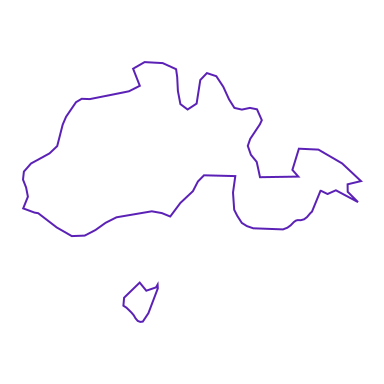 SVG path tracing the border of Schaffhausen
{"feature_id": "CHE-171", "entity_name": "Schaffhausen", "entity_type": "Canton", "adm_level": 1, "iso_a3": "CHE", "parent_name": "Switzerland", "parent_adm1": "", "projection": "orthographic", "projection_center": [8.624, 47.681], "detail": "fine", "context": "isolated", "style": "outline", "palette": "violet", "viewbox_px": 384, "rotation_deg": 0, "n_neighbors": 0, "source": "natural_earth", "source_scale": "10m", "svg_char_len": 1353}
<svg xmlns="http://www.w3.org/2000/svg" viewBox="0 0 384 384"><path d="M144.6,62.1L162.7,63.1L176.1,69.2L177.2,77.1L177.9,91.0L180.4,104.1L187.6,109.5L196.6,103.6L200.3,80.0L206.9,73.1L216.3,76.2L223.3,86.8L229.0,99.3L234.4,107.9L241.9,109.6L249.9,107.9L257.0,109.3L261.8,120.2L259.9,124.3L250.2,138.9L247.8,145.9L250.9,154.8L256.7,161.9L258.5,170.1L260.0,177.2L298.3,176.6L292.4,169.9L298.9,148.7L318.4,149.6L342.1,163.4L361.0,181.1L347.6,184.3L347.7,191.8L358.0,202.1L335.9,190.3L327.5,194.0L321.0,190.8L320.5,190.8L312.0,211.6L310.3,213.2L307.0,217.1L304.1,219.3L300.8,220.2L297.7,220.1L295.9,220.6L293.8,222.1L290.7,225.3L287.4,227.7L283.0,229.4L253.3,228.3L246.9,226.1L241.8,222.9L237.3,215.9L234.2,209.8L233.0,192.6L235.3,176.1L204.0,175.3L197.9,181.5L192.9,191.2L180.4,202.9L170.4,216.3L170.2,216.5L161.9,213.1L151.8,211.3L116.5,217.3L105.6,222.8L95.5,230.0L84.7,235.6L71.8,236.1L56.8,227.5L38.2,213.2L34.6,212.6L23.2,208.4L27.9,196.7L26.1,187.5L23.0,179.6L23.9,171.6L31.0,163.5L49.5,153.4L57.2,146.1L62.7,124.6L66.1,116.7L76.0,102.2L81.7,98.8L89.8,99.1L128.9,91.3L139.8,85.8L133.1,68.7L144.6,62.1ZM146.3,290.7L156.0,287.4L157.6,284.6L157.8,288.4L148.4,313.2L142.8,321.6L140.3,321.9L137.7,320.9L135.5,318.3L133.7,315.2L131.4,312.5L126.5,307.7L123.4,305.7L124.1,297.7L139.7,282.6L146.3,290.7Z" fill="none" stroke="#5b21b6" stroke-width="2"/></svg>